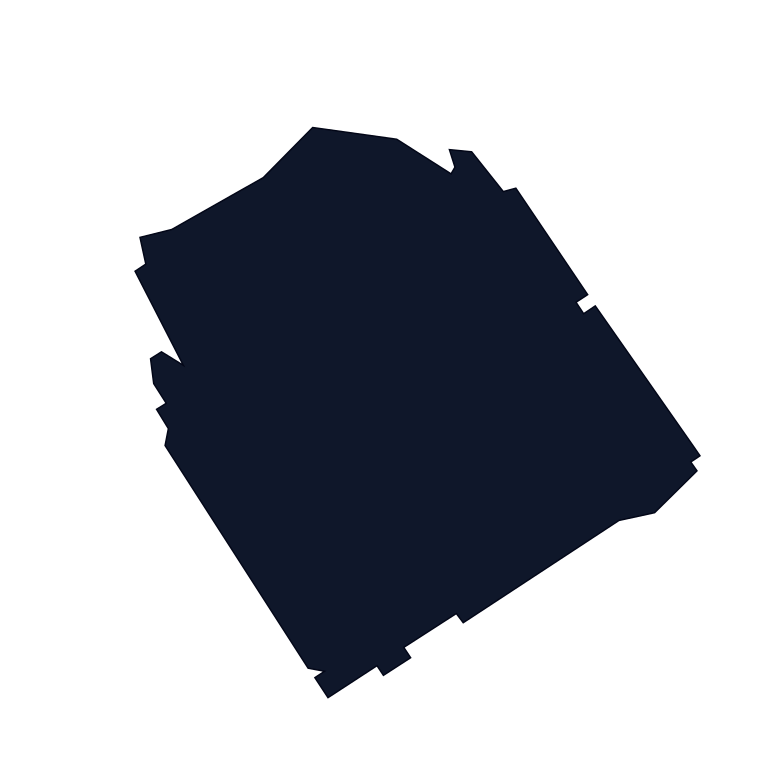 Stewart, Georgia, United States of America, rotated 56°
{"feature_id": "52423323B56681995994773", "entity_name": "Stewart", "entity_type": "district", "adm_level": 2, "iso_a3": "USA", "parent_name": "United States of America", "parent_adm1": "Georgia", "projection": "robinson", "projection_center": [-84.837, 32.077], "detail": "fine", "context": "isolated", "style": "filled", "palette": "ink", "viewbox_px": 768, "rotation_deg": 56, "n_neighbors": 0, "source": "geoboundaries", "source_scale": "gbopen_adm2", "svg_char_len": 686}
<svg xmlns="http://www.w3.org/2000/svg" viewBox="0 0 768 768"><g transform="rotate(56 384 384)"><path d="M612.7,605.8L613.6,547.3L625.2,547.4L625.8,515.0L613.4,514.9L614.7,452.4L626.2,451.8L628.5,265.5L642.0,231.6L631.0,173.1L620.2,173.3L620.2,162.2L608.8,162.3L437.4,165.2L437.4,179.2L423.6,179.1L423.8,165.2L295.4,165.2L291.2,177.5L240.5,181.5L226.3,198.7L243.9,203.9L247.3,210.9L188.2,236.6L131.5,299.7L145.4,368.7L142.6,404.1L137.2,473.6L126.0,504.3L151.4,514.4L151.3,527.3L256.4,539.9L232.9,550.5L232.5,563.4L254.9,574.7L278.2,575.3L277.8,586.7L300.4,587.7L312.6,599.9L577.2,605.8L588.9,593.9L588.8,605.5L612.7,605.8Z" fill="#0f172a" stroke="#020617" stroke-width="1.5"/></g></svg>